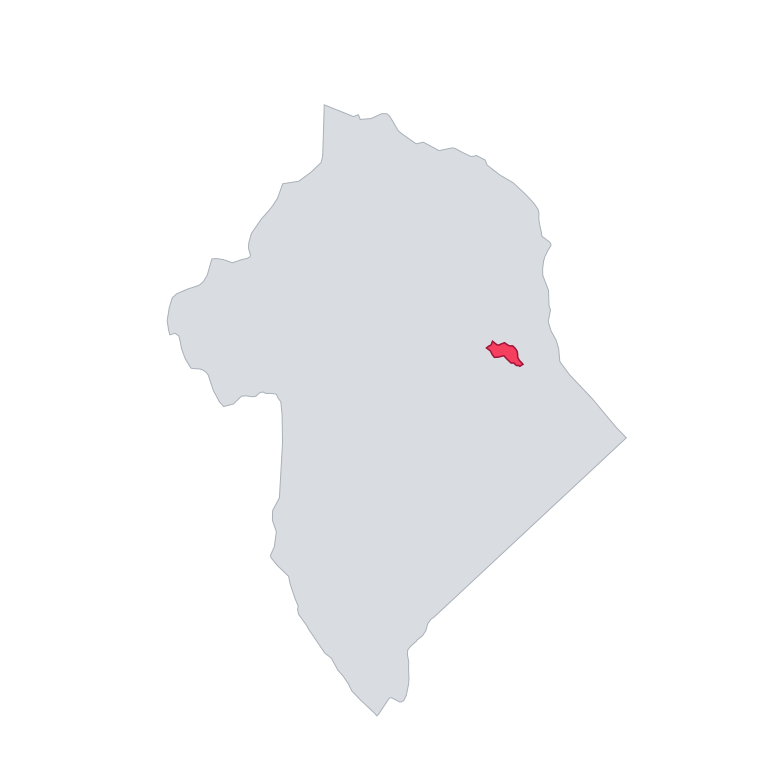 where Iganga sits in Uganda, rotated 317°
{"feature_id": "UGA-3068", "entity_name": "Iganga", "entity_type": "District", "adm_level": 1, "iso_a3": "UGA", "parent_name": "Uganda", "parent_adm1": "", "projection": "mercator", "projection_center": [33.553, 0.662], "detail": "fine", "context": "in_parent", "style": "filled", "palette": "rose", "viewbox_px": 768, "rotation_deg": 317, "n_neighbors": 0, "source": "natural_earth", "source_scale": "10m", "svg_char_len": 2777}
<svg xmlns="http://www.w3.org/2000/svg" viewBox="0 0 768 768"><g transform="rotate(317 384 384)"><path d="M524.5,588.6L515.1,588.6L499.8,588.6L484.5,588.6L469.2,588.6L453.9,588.6L438.6,588.6L423.3,588.6L408.0,588.6L392.8,588.6L377.5,588.6L362.2,588.6L346.9,588.6L331.6,588.6L316.3,588.6L301.0,588.6L285.7,588.6L270.4,588.6L261.4,588.6L259.6,588.3L258.4,588.0L252.6,589.1L246.6,592.8L240.3,594.4L233.5,593.8L232.6,594.2L229.2,594.1L224.2,593.9L219.8,594.8L216.3,598.2L212.8,603.8L206.6,610.3L201.7,616.1L197.5,620.1L188.0,626.9L182.8,628.9L180.2,628.5L178.6,627.3L175.6,618.7L173.8,617.3L155.2,621.7L152.4,621.8L152.6,619.1L151.3,598.9L151.1,586.5L153.5,578.7L154.9,569.8L155.1,561.9L158.5,548.5L157.2,540.4L161.6,512.2L162.8,507.6L164.5,494.0L167.2,489.8L169.7,488.1L172.8,479.8L178.9,466.4L183.1,459.5L182.2,444.5L182.9,434.2L183.9,432.0L192.8,428.2L204.5,418.7L209.4,407.6L216.4,400.5L229.9,395.9L269.8,357.7L288.4,337.1L296.5,326.5L296.8,322.8L298.3,317.8L295.1,313.9L291.2,310.4L289.9,307.1L286.6,305.5L281.8,305.6L278.7,303.2L275.1,298.6L271.5,295.7L260.2,295.9L251.4,291.2L251.5,284.7L254.9,272.0L261.6,257.5L261.9,253.5L261.0,250.0L259.4,247.1L256.4,244.2L253.6,240.7L255.8,230.2L260.0,220.0L263.4,214.8L266.7,209.1L265.8,204.4L260.9,202.0L263.4,197.4L268.7,189.7L278.9,181.8L287.9,176.6L293.9,176.6L305.5,180.8L316.1,185.7L321.8,185.9L328.9,183.9L343.4,175.1L346.9,177.9L351.2,183.2L355.8,192.0L364.9,196.0L369.3,198.7L372.5,199.5L374.2,198.8L377.7,191.9L381.9,188.2L389.6,183.5L406.8,179.7L419.0,178.5L424.2,177.7L432.9,175.5L446.5,168.5L460.0,177.6L474.7,179.3L488.9,179.2L493.2,176.5L495.7,174.4L510.6,159.4L530.7,139.1L544.1,167.7L548.8,169.4L548.1,171.9L547.0,174.3L555.7,181.1L566.6,184.7L570.4,188.3L570.8,192.1L567.1,208.7L567.8,213.5L571.3,230.2L577.7,234.0L583.4,250.8L595.0,257.9L596.6,260.0L599.3,268.1L602.8,277.0L605.6,279.1L607.3,279.6L610.7,289.1L608.7,294.4L611.4,310.6L615.7,325.0L616.9,342.3L616.9,349.9L616.8,354.5L615.8,361.1L613.7,364.9L610.0,368.5L606.0,374.4L602.4,380.6L600.2,383.6L601.9,392.9L601.5,395.4L600.5,396.6L595.3,398.0L588.6,400.5L584.5,403.0L578.8,407.7L574.2,412.8L568.1,427.8L557.9,439.5L556.2,443.4L546.6,450.4L542.4,459.0L539.7,469.5L536.0,477.1L527.9,487.5L526.0,503.9L526.3,536.6L524.2,574.0L524.5,588.6Z" fill="#d9dde1" stroke="#a8b0b8" stroke-width="1"/><path d="M495.4,463.7L495.0,462.2L493.6,461.0L493.2,459.2L493.4,457.4L491.2,455.3L490.9,449.5L490.9,445.0L485.9,442.3L482.9,439.8L483.2,436.3L484.4,432.3L483.5,427.5L486.3,427.7L487.8,428.2L489.2,428.4L492.5,426.7L493.4,432.3L494.5,433.9L496.4,434.4L500.3,436.0L501.0,439.4L501.7,441.6L504.1,443.9L504.3,447.4L503.7,450.8L502.0,453.4L499.9,455.8L499.1,459.2L499.2,462.5L499.2,463.4L499.1,464.4L495.4,463.7Z" fill="#f43f5e" stroke="#9f1239" stroke-width="1.5"/></g></svg>